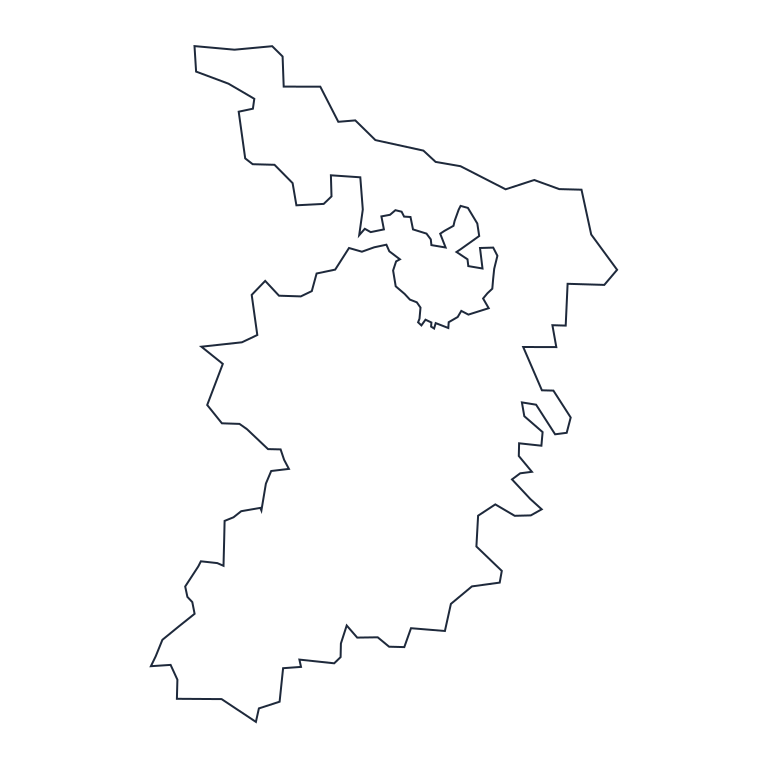 Samarkand, Samarkand, Uzbekistan
{"feature_id": "79887680B77379666017529", "entity_name": "Samarkand", "entity_type": "district", "adm_level": 2, "iso_a3": "UZB", "parent_name": "Uzbekistan", "parent_adm1": "Samarkand", "projection": "albers", "projection_center": [66.932, 39.559], "detail": "fine", "context": "isolated", "style": "outline", "palette": "slate", "viewbox_px": 768, "rotation_deg": 0, "n_neighbors": 0, "source": "geoboundaries", "source_scale": "gbopen_adm2", "svg_char_len": 2410}
<svg xmlns="http://www.w3.org/2000/svg" viewBox="0 0 768 768"><path d="M155.7,656.3L150.9,666.2L170.6,664.9L177.4,679.7L176.9,698.8L221.6,699.1L255.9,721.9L258.9,708.4L279.6,701.7L283.1,668.2L301.0,666.9L299.4,659.6L334.2,663.3L340.6,657.1L340.9,643.5L346.7,625.5L357.2,637.6L377.7,637.3L389.1,646.7L404.3,647.1L411.0,628.2L444.9,631.0L450.9,603.9L471.9,586.4L499.7,582.6L501.8,570.9L476.4,546.5L478.1,515.7L495.3,504.4L514.7,515.8L530.8,515.4L541.7,509.3L530.3,499.0L512.0,479.4L520.2,473.3L531.9,471.8L518.8,456.0L519.1,443.3L541.4,445.7L542.6,432.1L524.3,416.2L521.9,402.4L536.1,404.7L555.1,434.3L566.7,432.8L570.7,417.5L553.4,390.6L541.9,390.3L523.2,347.0L556.3,347.1L552.4,325.2L565.7,325.6L567.6,283.8L604.3,284.9L617.1,269.8L591.2,234.5L581.5,189.7L559.2,189.1L534.2,180.0L505.6,189.3L460.5,166.2L435.6,161.9L423.4,150.6L375.4,140.1L355.3,120.4L338.3,121.8L320.3,86.7L283.7,86.6L282.6,56.5L272.2,46.2L234.5,49.7L194.5,46.1L196.1,71.6L228.5,83.7L254.3,98.8L252.9,108.7L238.7,111.7L245.2,158.4L252.7,164.2L274.5,164.8L292.6,183.1L296.4,205.3L323.7,203.9L331.5,196.4L330.9,175.3L360.3,177.3L362.8,209.5L359.2,235.2L364.8,228.8L370.7,232.1L383.9,229.4L381.4,216.4L390.0,214.8L395.4,210.2L401.6,211.7L404.1,216.6L410.5,217.0L413.0,229.4L426.5,233.6L430.8,239.4L431.4,245.1L445.6,247.5L440.2,233.7L444.4,230.9L453.5,225.8L454.6,221.0L458.7,209.6L460.6,205.9L467.9,207.9L477.3,223.5L479.2,236.0L460.7,249.2L456.5,252.0L467.5,259.3L468.3,266.1L482.5,268.5L480.0,248.0L493.2,247.6L497.4,255.8L494.2,268.8L493.1,279.4L492.3,288.7L487.4,293.3L483.1,298.5L488.7,308.2L468.4,314.6L461.3,310.9L457.7,317.0L448.7,322.2L448.3,328.0L435.7,323.1L434.1,328.5L431.1,326.6L431.4,322.5L425.5,319.7L421.4,325.4L418.1,322.3L419.5,318.7L420.5,307.6L416.8,302.3L409.9,299.6L404.6,293.9L395.7,286.3L393.1,270.5L396.1,261.4L399.9,259.3L389.3,251.3L386.4,244.7L374.2,247.3L361.9,251.7L349.0,248.0L335.2,269.6L316.6,273.5L311.8,291.1L300.8,296.4L279.0,295.7L265.2,280.9L251.7,294.9L254.5,315.0L257.3,335.0L241.9,342.3L201.4,346.7L222.8,363.9L207.2,405.0L221.9,423.3L239.5,423.9L247.0,429.2L268.0,449.1L280.6,449.4L284.1,459.8L288.9,468.9L271.2,471.0L265.9,483.6L261.4,510.5L260.3,507.9L253.9,509.0L241.2,511.2L233.5,517.3L224.6,520.9L224.2,538.9L223.5,565.8L217.3,563.1L200.9,561.3L198.3,566.4L185.2,586.5L187.4,596.9L192.3,602.1L194.6,613.8L179.2,626.1L162.4,639.8L155.7,656.3Z" fill="none" stroke="#1e293b" stroke-width="2"/></svg>